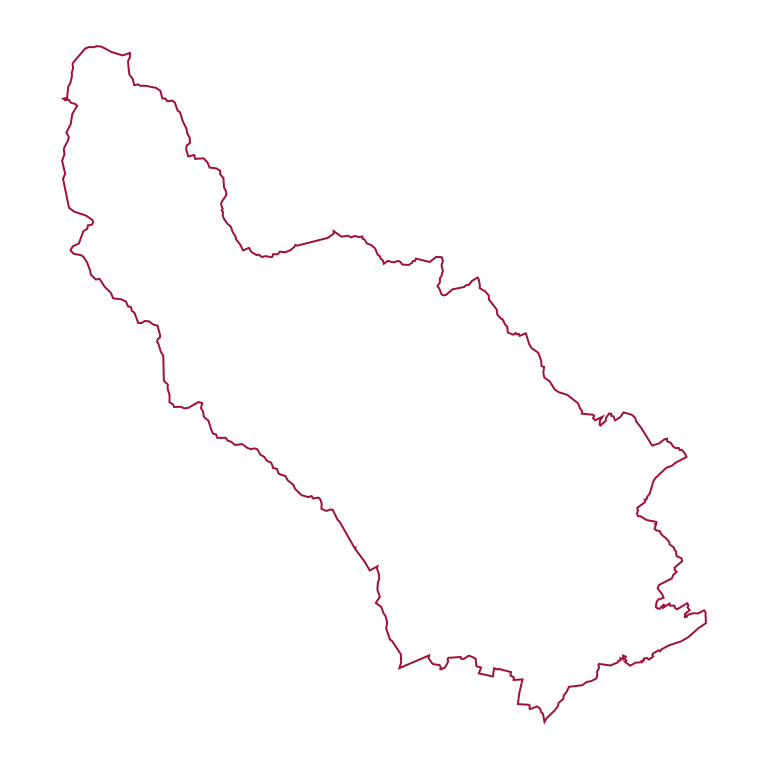 Dumitresti, Vrancea, Romania
{"feature_id": "2599482B73706266576217", "entity_name": "Dumitresti", "entity_type": "district", "adm_level": 2, "iso_a3": "ROU", "parent_name": "Romania", "parent_adm1": "Vrancea", "projection": "albers", "projection_center": [26.916, 45.591], "detail": "fine", "context": "isolated", "style": "outline", "palette": "rose", "viewbox_px": 768, "rotation_deg": 0, "n_neighbors": 0, "source": "geoboundaries", "source_scale": "gbopen_adm2", "svg_char_len": 6046}
<svg xmlns="http://www.w3.org/2000/svg" viewBox="0 0 768 768"><path d="M544.5,721.9L546.6,718.2L554.9,710.2L558.1,705.8L558.5,702.9L563.3,698.9L563.7,695.5L566.3,692.4L569.0,686.8L582.4,685.2L586.4,682.1L591.6,681.0L596.3,678.4L597.2,676.0L597.1,671.4L599.2,667.6L598.3,665.0L599.0,663.9L610.5,665.5L617.8,662.3L618.4,660.8L620.3,660.4L620.5,658.1L622.9,659.3L623.1,655.6L625.9,656.7L624.8,658.9L626.3,660.6L624.8,661.7L630.2,665.7L635.4,662.7L642.0,662.2L641.7,660.8L643.9,660.6L643.8,658.6L647.0,658.0L648.9,659.5L652.5,657.2L653.2,656.3L652.3,655.0L652.8,653.7L658.5,650.3L660.1,651.3L661.4,649.4L668.7,645.4L681.2,641.3L688.4,637.1L698.0,628.5L705.9,623.1L705.5,612.2L704.0,610.3L697.9,613.5L693.4,613.2L689.0,614.4L687.3,615.3L686.8,616.8L684.8,617.1L685.1,613.8L689.7,610.2L687.5,607.4L688.5,605.2L687.2,603.2L677.1,609.3L675.3,608.3L674.3,605.6L669.9,605.6L669.5,603.6L663.4,607.5L664.2,605.1L663.5,604.7L659.6,608.8L656.8,608.1L655.8,606.8L656.7,601.6L658.4,599.5L663.6,597.8L662.2,594.3L657.6,588.3L659.0,585.0L671.8,578.4L673.3,574.9L676.6,571.8L674.7,569.8L674.7,567.5L682.2,561.1L681.5,558.3L676.5,556.0L676.0,551.4L674.2,549.4L674.1,547.8L669.7,544.4L669.2,542.0L666.2,538.4L661.7,534.9L659.6,531.0L656.4,530.4L654.5,528.7L655.9,525.0L655.1,524.2L656.4,523.5L656.3,521.9L646.5,520.0L640.5,516.2L638.4,516.4L637.0,514.1L637.9,510.4L637.3,507.8L645.1,502.1L644.7,499.7L646.5,499.5L647.2,496.8L649.6,493.8L653.4,481.3L655.2,478.3L666.1,467.9L671.8,465.8L675.4,462.8L686.5,457.0L685.0,453.7L681.8,449.8L679.6,450.0L678.7,448.0L675.6,448.0L673.3,446.7L670.7,442.7L667.2,441.4L667.0,438.7L664.4,439.3L659.1,443.4L652.1,445.5L641.3,428.0L636.2,421.4L635.1,417.6L631.7,414.7L623.5,412.4L620.4,417.1L615.1,420.3L613.5,416.4L611.1,415.6L611.4,414.0L609.2,413.4L605.9,418.0L605.7,420.9L600.4,425.5L599.6,424.7L599.9,420.6L602.4,416.8L595.0,420.3L593.0,418.0L594.2,415.9L593.0,414.7L581.8,413.7L582.2,411.2L580.1,408.6L578.0,403.3L567.2,394.8L558.5,392.1L554.7,389.5L549.8,381.5L544.3,377.5L543.3,373.0L544.1,366.9L541.6,366.1L541.1,360.5L538.4,352.9L531.5,348.0L529.4,344.6L525.8,333.3L519.6,335.9L518.9,334.0L516.6,334.3L515.7,332.9L513.3,334.7L507.8,332.5L507.2,326.5L505.3,324.8L502.5,319.1L501.1,318.7L497.3,314.7L496.7,309.5L489.0,299.6L488.7,295.3L485.0,291.2L479.7,288.2L479.8,284.9L478.6,279.0L477.5,277.5L471.8,281.1L469.1,284.7L466.1,285.2L464.0,287.0L452.4,289.4L446.3,294.7L443.9,295.4L441.6,294.5L439.3,288.6L437.4,286.1L439.9,282.5L439.9,278.2L441.5,276.1L442.0,272.9L443.0,271.4L441.5,265.4L442.9,261.0L441.7,257.2L436.2,256.9L429.7,262.0L415.9,258.6L414.9,260.9L412.8,261.1L412.2,262.8L408.6,265.0L402.2,264.5L400.6,262.1L398.2,260.9L393.4,262.4L387.8,260.9L383.8,263.8L383.0,260.6L380.4,258.2L380.0,256.3L377.7,254.8L375.2,248.5L371.1,245.0L366.9,243.5L364.7,239.7L362.4,238.5L362.5,236.5L358.5,237.0L354.8,235.9L351.3,237.4L348.0,235.7L341.4,236.7L333.6,231.0L333.7,233.7L327.7,237.9L297.5,245.6L295.4,244.9L294.3,247.0L290.5,250.1L285.3,252.3L279.8,251.7L277.7,254.3L273.1,254.2L272.3,256.9L271.4,257.2L265.5,256.1L262.1,257.1L258.5,254.6L256.7,255.1L251.7,252.3L249.0,247.9L243.1,250.4L240.3,244.8L236.0,239.1L235.6,236.7L232.6,231.8L230.7,226.5L227.1,223.4L223.7,218.3L222.7,215.1L223.1,212.1L221.7,210.6L222.7,209.0L221.0,204.2L221.9,201.5L226.2,195.4L226.3,192.0L224.0,187.2L223.4,178.0L220.2,174.4L220.1,170.8L216.2,168.3L209.6,167.6L207.4,162.3L203.5,158.3L195.2,158.9L194.1,155.0L188.3,156.5L186.2,149.5L186.7,145.5L190.0,143.1L189.6,137.4L187.5,134.0L186.4,128.6L182.8,121.3L180.0,112.3L177.7,110.7L174.9,102.8L172.6,100.6L167.4,101.3L165.4,98.6L162.4,98.5L160.4,90.9L156.1,87.9L145.3,85.7L140.5,85.8L138.1,84.4L134.3,85.2L132.9,79.4L129.4,74.6L128.7,69.2L128.0,61.4L129.9,57.1L129.9,53.0L122.6,55.4L111.6,52.0L101.5,46.7L96.6,46.1L94.1,47.2L88.8,47.1L85.2,48.5L73.3,62.4L72.6,63.8L73.0,68.3L71.7,73.3L72.0,75.9L70.2,83.6L68.4,86.1L67.0,97.9L63.3,98.7L65.2,100.2L68.6,99.6L71.1,102.8L75.1,103.9L77.2,105.7L72.3,114.0L70.7,124.1L66.4,132.6L68.8,137.0L68.1,140.2L64.3,147.5L63.8,149.8L64.5,154.2L62.1,160.8L65.2,173.9L63.0,178.6L69.0,207.7L74.2,211.7L86.1,215.6L92.4,220.0L93.2,222.6L91.9,224.6L87.9,225.4L87.3,228.7L83.3,231.3L78.8,243.6L73.0,246.2L70.6,249.7L71.0,251.1L73.7,253.8L81.1,255.2L83.5,256.9L87.2,262.8L90.1,270.4L90.8,274.5L95.8,279.5L99.5,278.8L104.9,287.0L110.9,292.9L113.1,298.3L121.3,299.3L126.0,301.6L128.1,306.4L131.0,307.2L131.8,310.7L134.6,313.0L138.2,323.0L141.6,323.0L144.7,321.0L148.9,321.3L153.3,324.6L157.5,325.6L160.2,335.6L159.7,337.9L157.7,339.1L157.1,342.0L158.4,343.7L160.7,351.5L163.3,355.8L163.8,379.1L164.2,381.2L167.8,384.5L167.6,388.6L169.5,394.9L169.5,402.2L173.0,404.5L174.0,407.0L181.1,406.8L184.3,408.4L188.4,407.8L198.6,402.0L202.2,403.1L201.0,408.2L203.0,411.6L203.9,416.9L208.4,420.6L211.7,431.0L213.1,433.7L215.9,434.3L217.2,437.9L225.7,437.8L227.8,440.6L231.3,441.9L234.9,445.0L242.2,444.1L247.7,448.1L251.3,449.2L254.0,448.4L257.1,449.0L260.4,454.7L264.1,456.8L267.1,461.0L270.9,462.5L272.7,465.9L272.8,467.9L277.0,468.9L278.4,473.1L279.8,474.3L285.4,476.0L287.7,480.3L293.7,485.2L294.8,488.6L301.4,495.1L308.3,497.1L311.6,496.1L313.1,498.5L318.6,497.6L320.2,499.3L321.7,503.6L321.4,508.8L326.3,510.9L330.5,509.5L332.8,509.9L337.5,519.6L340.0,522.4L354.2,547.3L355.6,547.5L355.1,548.9L364.2,561.0L369.8,570.5L377.3,566.4L376.8,567.7L379.1,574.9L379.2,579.3L377.9,582.2L377.4,589.6L379.8,596.9L375.8,602.9L381.3,606.9L383.4,613.1L385.5,616.1L387.2,622.2L386.2,628.6L390.0,639.6L391.8,640.7L400.8,654.2L401.2,662.3L399.4,668.1L429.1,655.4L428.6,658.2L431.8,662.9L433.4,664.2L439.6,665.1L440.8,667.2L440.3,669.1L441.3,669.4L445.1,667.3L448.2,661.7L447.6,659.5L448.3,657.8L460.6,657.0L461.0,658.7L463.5,659.0L468.7,655.7L472.4,657.0L475.6,658.7L476.4,666.3L481.1,667.5L478.8,673.4L492.9,676.4L494.1,668.3L497.7,669.5L498.6,668.8L511.0,672.1L510.4,675.6L513.7,677.1L513.6,680.0L522.5,679.4L519.1,694.1L517.9,704.1L528.9,704.8L529.7,705.4L529.5,708.6L530.2,709.1L537.1,706.4L540.3,708.9L541.0,712.0L543.0,713.9L544.5,721.9Z" fill="none" stroke="#9f1239" stroke-width="2"/></svg>